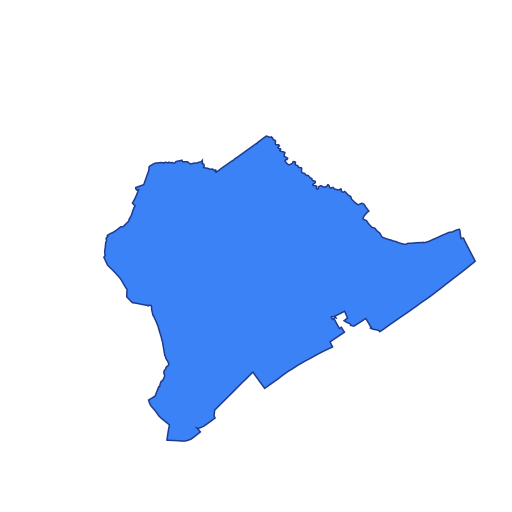 Cuautitlán Izcalli, México, Mexico, rotated 54°
{"feature_id": "50627088B3961407760868", "entity_name": "Cuautitlán Izcalli", "entity_type": "district", "adm_level": 2, "iso_a3": "MEX", "parent_name": "Mexico", "parent_adm1": "México", "projection": "orthographic", "projection_center": [-99.233, 19.658], "detail": "fine", "context": "isolated", "style": "filled", "palette": "blue", "viewbox_px": 512, "rotation_deg": 54, "n_neighbors": 0, "source": "geoboundaries", "source_scale": "gbopen_adm2", "svg_char_len": 6085}
<svg xmlns="http://www.w3.org/2000/svg" viewBox="0 0 512 512"><g transform="rotate(54 256 256)"><path d="M176.4,381.5L183.5,380.2L191.7,379.2L195.2,379.0L204.9,380.0L207.1,379.9L213.0,384.6L221.0,383.5L223.9,380.6L230.1,374.9L232.3,372.7L232.9,372.7L233.1,372.5L233.1,371.2L234.5,369.9L236.3,370.7L237.1,371.4L237.9,371.9L241.8,373.5L242.9,374.1L244.4,374.3L244.6,374.1L245.6,374.3L246.4,374.6L249.7,375.2L255.4,376.6L258.2,377.7L266.6,380.6L268.5,381.5L269.8,381.8L282.5,388.1L284.6,388.5L285.6,389.1L288.8,389.3L292.1,389.9L292.6,390.8L293.3,392.2L293.0,393.2L293.0,393.6L293.0,393.9L294.0,395.1L294.5,396.2L294.6,397.2L295.1,397.9L295.4,398.5L296.2,399.0L296.6,399.4L297.8,399.8L298.8,400.0L299.3,400.3L299.6,400.6L300.7,402.7L301.6,403.7L301.7,404.0L301.5,404.8L301.9,405.1L301.9,405.4L301.8,406.0L301.7,406.5L301.8,406.8L302.3,407.1L302.7,408.1L305.0,410.9L304.6,411.5L310.0,420.0L309.4,427.6L311.6,428.3L314.2,429.0L316.6,429.0L321.9,428.5L325.5,428.5L327.9,428.6L330.8,428.2L339.7,425.9L341.6,425.2L345.3,429.1L351.9,435.7L352.7,436.3L359.3,428.0L361.3,425.8L363.9,422.3L364.9,420.0L365.6,417.7L366.0,416.1L366.0,412.7L365.6,404.4L361.8,404.6L360.4,404.9L361.4,404.0L361.9,403.0L362.3,401.8L363.0,398.2L363.1,392.7L363.0,384.3L361.5,384.1L360.7,383.9L359.1,382.5L357.9,381.4L356.9,380.5L356.5,380.1L356.3,379.4L355.2,372.4L352.0,351.8L350.2,341.0L349.8,337.4L348.1,326.8L368.2,326.8L368.3,316.4L368.4,311.0L368.2,306.0L368.2,298.2L368.7,292.3L369.0,286.2L369.8,278.4L370.9,270.8L371.8,263.2L372.9,256.1L374.6,247.5L369.0,246.6L369.6,229.2L363.7,228.9L363.7,231.2L352.5,229.7L352.3,231.3L349.7,231.1L350.1,229.4L350.4,228.9L350.8,228.7L352.1,228.4L353.1,227.7L351.1,227.4L352.8,216.8L360.0,218.4L360.1,222.8L363.0,221.6L366.1,219.7L367.7,220.2L370.3,218.0L370.7,212.0L371.1,203.9L381.7,204.9L381.6,205.8L382.2,205.6L384.1,204.3L385.4,203.0L387.1,201.4L388.2,200.7L389.5,200.2L390.0,200.3L390.2,195.3L390.2,187.8L390.5,173.6L390.7,168.4L390.9,155.5L390.8,150.6L391.1,138.5L390.8,128.7L390.8,126.4L390.5,120.5L390.2,110.1L389.8,95.0L389.1,81.7L367.2,78.4L363.4,77.6L362.3,79.9L355.6,76.3L354.0,75.7L353.2,77.5L352.6,79.3L352.0,82.9L350.4,85.8L349.9,87.8L348.7,93.2L347.1,101.4L346.9,101.7L345.8,107.3L344.6,111.0L343.6,112.6L343.1,112.8L342.9,113.1L343.1,113.3L340.4,117.1L336.5,123.6L335.0,125.7L334.7,127.5L334.1,128.8L330.7,131.6L328.8,133.1L327.0,133.9L324.9,135.8L322.2,137.6L320.5,139.1L315.5,142.6L313.9,142.9L311.4,142.5L309.9,142.4L307.4,143.2L306.2,143.4L304.5,143.4L303.2,143.6L302.7,143.9L302.2,144.5L300.9,145.4L295.7,146.0L292.6,145.8L292.2,145.9L290.0,147.2L289.1,147.4L288.5,147.4L287.9,146.6L287.0,144.5L286.0,140.2L286.1,138.4L284.7,138.3L283.2,138.5L282.4,138.3L281.8,138.6L279.1,138.2L277.7,138.2L276.0,139.0L275.4,139.6L275.0,142.1L274.4,143.3L273.6,143.7L269.7,144.8L265.9,145.3L263.8,144.4L262.8,144.7L261.0,145.6L257.4,146.0L255.9,146.3L255.7,147.9L255.5,148.2L255.2,148.4L254.5,148.6L253.4,148.6L252.3,147.9L251.7,147.9L251.8,148.1L251.4,148.7L251.4,149.2L251.4,149.8L251.3,150.2L250.5,151.0L248.0,153.0L247.2,153.3L245.9,153.3L245.4,154.1L245.1,155.5L244.4,156.1L241.5,155.5L240.8,155.7L240.5,156.0L241.0,156.8L241.1,157.2L241.0,159.0L240.8,159.9L239.4,161.0L237.8,161.8L237.2,162.4L237.0,163.0L236.9,164.8L238.0,165.9L238.1,166.5L238.1,166.9L237.8,167.1L237.2,167.4L236.9,167.3L236.5,167.2L236.1,166.9L235.3,165.9L235.1,165.9L234.9,166.0L232.5,168.2L232.2,168.4L231.6,168.2L231.4,167.5L231.6,165.4L231.3,164.7L230.9,164.4L230.5,164.3L230.0,164.4L229.6,164.7L228.8,165.4L228.0,165.9L227.4,165.9L226.6,165.5L226.2,165.3L224.4,166.2L221.8,166.4L221.3,166.6L221.0,166.9L220.5,167.9L220.4,168.0L219.4,168.1L218.2,168.0L217.5,168.3L216.8,169.0L215.9,169.6L215.3,169.8L214.8,169.7L213.7,169.0L211.9,167.5L211.6,167.4L211.1,167.6L210.6,168.0L209.8,169.2L209.5,169.3L209.3,169.5L208.9,169.6L208.3,169.3L207.4,169.2L206.8,169.5L206.3,170.1L205.7,170.4L205.3,170.4L204.6,170.1L204.2,169.9L203.6,169.1L203.2,168.9L202.5,169.3L201.6,170.1L201.6,170.8L201.8,171.1L202.4,171.8L202.4,172.5L202.2,174.0L202.0,174.3L201.8,175.2L201.5,175.9L200.2,176.5L197.0,176.8L196.1,176.6L195.5,175.3L196.2,174.4L195.8,173.1L195.4,172.9L192.0,174.5L189.9,172.9L189.7,172.0L189.2,171.8L187.8,172.7L185.6,174.7L184.6,174.8L184.4,173.5L183.5,173.3L182.8,174.1L182.1,174.4L181.2,174.6L180.6,172.3L179.3,172.3L177.9,174.1L177.4,174.6L176.2,174.2L175.6,173.8L175.0,172.9L174.5,172.6L173.8,172.5L171.9,173.6L170.2,173.2L168.5,173.6L168.5,174.8L165.1,177.0L165.0,178.5L165.1,187.4L165.2,188.6L165.4,188.6L165.6,188.8L165.6,189.3L165.2,190.1L165.1,203.0L165.1,213.8L164.9,215.7L165.2,217.2L164.9,221.2L164.9,226.3L164.7,230.8L164.8,233.6L164.8,234.8L164.9,236.4L164.8,237.7L164.9,239.1L164.4,239.0L163.7,239.1L163.4,238.9L163.2,238.1L162.6,238.1L162.4,238.5L162.3,239.6L161.1,239.7L160.1,240.0L159.7,240.6L159.3,241.8L156.8,243.4L154.7,245.5L153.6,246.4L153.4,246.3L153.0,245.4L152.0,244.6L151.3,244.3L150.8,244.3L150.5,244.6L150.3,245.0L150.0,245.2L149.1,244.5L148.5,244.2L147.1,243.2L147.6,244.9L146.6,247.0L146.0,249.3L144.4,251.6L143.3,254.5L141.6,255.6L139.5,256.0L136.6,260.0L135.0,259.6L132.6,265.1L132.6,265.6L132.8,266.2L133.0,267.2L132.5,268.0L131.8,268.4L131.7,268.6L131.0,268.9L130.8,269.8L129.6,270.8L129.3,271.3L128.8,271.5L128.9,272.0L128.9,272.5L128.4,272.9L127.0,274.0L126.9,274.2L126.8,274.7L126.4,275.7L126.3,275.9L126.6,276.0L126.2,276.5L125.7,276.8L125.4,276.9L125.3,277.1L125.3,277.4L124.8,277.8L124.3,278.1L124.2,278.3L124.1,278.8L122.4,281.6L121.8,282.6L121.6,283.2L121.2,285.0L120.9,288.1L120.9,290.0L122.5,291.3L124.1,292.9L124.2,293.1L132.3,304.9L129.9,313.1L130.9,313.7L132.5,313.8L133.3,312.0L134.7,314.0L138.2,319.8L140.6,324.9L144.5,324.3L145.2,326.4L149.9,333.1L151.8,337.3L152.9,338.0L153.5,341.8L153.8,344.1L154.1,345.5L154.0,346.6L152.9,348.3L152.9,349.6L153.0,351.2L153.1,354.2L152.8,358.6L152.3,360.0L151.9,364.1L152.5,364.6L153.3,364.6L153.3,366.0L153.7,366.9L154.5,367.4L155.2,367.5L156.0,368.3L156.8,369.7L160.9,373.3L161.9,374.4L164.2,376.4L165.6,377.1L166.8,377.5L167.6,379.8L176.4,381.5Z" fill="#3b82f6" stroke="#1e3a8a" stroke-width="1.5"/></g></svg>